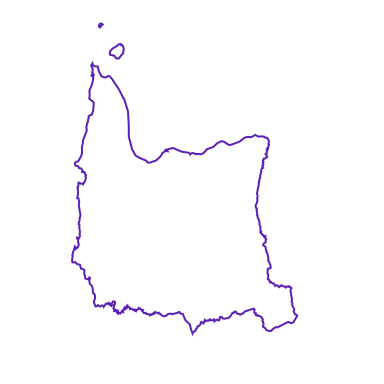 Bulukumba, Sulawesi Selatan, Indonesia, rotated 196°
{"feature_id": "22746128B72639885395673", "entity_name": "Bulukumba", "entity_type": "district", "adm_level": 2, "iso_a3": "IDN", "parent_name": "Indonesia", "parent_adm1": "Sulawesi Selatan", "projection": "equal_earth", "projection_center": [120.241, -5.484], "detail": "fine", "context": "isolated", "style": "outline", "palette": "violet", "viewbox_px": 384, "rotation_deg": 196, "n_neighbors": 0, "source": "geoboundaries", "source_scale": "gbopen_adm2", "svg_char_len": 5896}
<svg xmlns="http://www.w3.org/2000/svg" viewBox="0 0 384 384"><g transform="rotate(196 192 192)"><path d="M132.3,262.5L134.7,264.8L136.8,264.4L138.0,265.1L141.1,264.5L143.3,263.5L146.9,264.3L150.2,261.0L153.7,260.3L156.4,258.7L160.1,253.6L168.0,247.8L170.0,247.5L175.3,249.2L177.9,248.9L181.3,245.7L183.9,241.3L189.5,237.2L191.2,233.3L192.7,231.5L194.2,230.7L198.6,229.8L199.0,229.3L201.5,229.9L203.3,229.0L204.1,227.7L204.4,228.3L206.4,228.8L213.2,227.9L222.4,229.1L229.1,225.2L229.2,224.7L227.6,225.2L226.7,224.4L228.8,224.1L231.5,220.7L231.4,219.5L232.5,216.8L235.1,212.5L240.4,208.7L242.9,208.1L244.5,209.5L251.6,210.3L256.3,211.5L261.4,216.6L268.0,227.8L271.1,238.5L275.8,252.0L283.2,263.2L283.8,263.2L290.4,270.4L300.0,278.6L303.1,280.5L304.3,280.5L306.0,278.8L307.9,277.9L311.0,278.3L314.8,282.4L317.1,286.6L320.7,285.9L322.8,287.1L323.2,288.1L323.8,285.9L321.2,282.5L320.7,279.2L321.3,278.3L320.5,279.1L318.6,277.3L318.9,276.0L320.4,275.9L321.1,277.6L320.4,275.8L319.0,275.8L318.1,273.4L317.8,267.6L318.5,261.1L316.8,256.0L316.6,253.5L311.8,251.4L310.9,250.4L309.4,242.7L309.7,238.5L311.3,237.7L312.3,236.2L311.7,235.2L311.9,232.1L311.3,231.0L311.8,229.4L311.3,224.4L310.4,223.2L310.1,221.4L311.0,211.1L310.4,209.1L310.2,204.6L308.5,199.5L308.4,196.3L309.8,190.3L312.4,188.3L312.4,186.9L311.4,185.3L308.3,185.3L307.1,183.8L305.0,184.1L303.3,182.6L303.1,181.5L302.7,181.9L302.1,181.0L300.7,181.5L299.2,179.1L298.6,179.0L298.9,177.9L297.9,176.8L297.8,173.7L298.7,169.8L299.2,170.5L299.9,169.7L301.2,169.3L302.9,170.0L303.6,169.7L302.8,165.6L303.4,165.0L301.7,161.2L300.7,156.8L300.7,154.5L299.4,154.5L297.7,151.6L297.5,149.4L296.8,147.3L292.8,138.8L292.7,135.2L292.2,133.8L292.3,130.0L291.1,129.2L290.4,126.3L288.7,122.8L288.2,119.8L287.5,118.7L288.0,116.6L289.9,116.5L289.6,115.6L288.2,115.4L288.1,113.5L286.3,110.0L286.6,107.3L287.2,106.3L287.6,106.4L287.5,106.9L288.3,106.4L289.5,107.2L289.4,106.5L288.2,106.0L288.1,105.4L288.3,104.8L289.6,105.1L289.7,102.0L289.6,98.2L289.1,97.8L288.5,93.2L288.1,93.0L287.8,91.6L286.4,91.5L284.9,92.5L282.7,91.1L279.7,91.2L277.5,87.7L276.6,88.0L273.8,87.3L273.0,83.3L272.0,82.3L270.7,79.4L267.6,79.4L267.2,79.8L267.2,81.5L266.4,81.4L266.1,77.9L264.9,75.5L262.3,74.2L260.5,71.1L259.8,68.6L258.6,67.1L257.9,67.3L256.5,65.3L255.9,62.8L256.1,59.3L253.2,55.4L252.5,55.5L251.3,57.4L249.3,56.5L248.5,56.8L247.8,57.9L246.1,58.2L245.4,57.5L245.4,58.3L244.8,58.3L244.3,59.5L244.2,60.8L242.9,60.9L241.4,62.6L240.7,62.3L240.6,61.1L238.0,60.2L237.8,61.1L238.8,62.5L237.9,63.6L237.9,64.8L237.1,65.4L235.7,65.0L235.2,63.6L235.3,62.6L236.1,61.8L235.4,61.0L235.5,58.5L233.5,57.8L233.6,57.1L234.2,56.8L234.0,56.1L231.9,57.4L231.4,55.9L230.4,55.1L230.0,56.8L228.9,55.0L228.1,55.8L227.3,55.6L226.8,57.6L225.1,57.5L226.0,59.4L224.6,60.2L225.2,61.5L225.0,62.2L224.0,61.0L222.9,62.1L223.5,62.6L223.0,65.2L222.6,65.1L222.0,63.5L220.3,64.0L219.5,63.2L219.3,62.4L217.5,63.2L216.2,62.4L215.1,63.1L214.0,62.0L213.6,62.7L213.0,62.4L213.1,63.6L212.2,63.6L211.4,64.6L211.2,65.8L210.5,65.4L209.9,65.7L208.7,64.9L206.7,65.1L207.1,63.9L204.7,62.3L203.3,63.2L202.3,62.1L199.1,62.7L198.7,62.0L198.2,62.7L197.6,62.4L197.0,62.9L196.6,64.0L195.7,63.8L194.9,64.4L195.4,65.1L194.3,66.6L193.4,66.0L192.2,66.4L191.0,66.0L190.4,66.6L190.1,66.0L189.1,66.2L187.2,65.1L184.3,64.8L182.6,66.1L181.3,68.2L179.1,69.2L177.8,68.9L172.5,71.9L171.8,72.9L171.0,73.2L169.8,72.0L167.2,72.2L163.0,66.9L157.5,64.1L155.1,59.7L152.5,56.3L152.5,57.3L151.7,57.8L150.2,60.5L150.3,61.6L149.6,62.9L149.6,64.6L148.6,65.0L147.1,67.7L147.6,68.6L147.2,69.7L144.6,69.0L144.4,72.6L142.8,71.7L141.5,73.0L140.7,72.8L139.7,74.5L139.0,73.7L137.0,74.4L135.6,75.6L134.8,73.8L132.9,76.2L130.7,75.9L130.3,77.0L130.8,79.0L130.2,79.8L128.9,80.0L128.2,79.1L126.2,79.0L122.2,81.0L120.9,82.9L119.7,87.1L118.4,87.4L118.0,88.9L116.8,89.0L115.1,87.5L112.9,87.8L111.8,87.3L110.2,89.0L109.5,89.1L108.3,91.7L100.6,96.9L99.4,96.2L99.2,93.7L98.1,92.8L97.3,93.0L97.2,91.7L96.1,91.1L95.1,91.9L94.2,91.1L93.0,91.4L90.6,90.9L90.0,89.8L89.2,89.5L88.7,88.7L88.8,87.3L87.9,86.9L86.7,84.3L86.8,82.8L86.4,81.9L84.3,81.5L82.9,80.0L80.2,79.6L77.7,80.2L76.3,82.9L74.2,85.2L72.6,85.4L64.3,93.1L63.2,93.7L60.8,93.2L58.7,94.5L56.7,102.1L57.1,102.6L59.4,102.9L61.4,105.4L61.3,107.4L64.5,110.8L64.8,112.9L66.0,113.9L66.2,116.1L70.0,124.0L70.3,125.7L69.8,127.0L72.7,128.2L73.0,127.5L74.6,127.4L75.5,126.0L76.5,126.7L79.2,126.5L80.1,127.1L81.0,126.3L81.8,124.6L83.2,125.1L83.7,125.8L85.7,125.4L86.2,124.7L88.3,126.7L89.4,126.3L91.2,127.3L91.8,126.7L92.0,127.5L92.8,127.5L93.7,128.9L95.0,129.0L95.8,133.4L96.9,134.4L97.9,138.1L97.2,139.2L97.5,139.5L95.5,140.6L96.1,142.7L98.5,146.0L100.2,147.4L100.0,148.1L100.7,150.2L102.4,153.5L104.2,155.1L104.4,156.3L105.2,157.1L106.1,159.4L109.1,160.6L109.0,161.8L107.3,164.1L108.0,166.1L107.6,167.2L109.3,168.1L109.3,169.7L110.5,168.9L111.4,170.3L112.6,170.2L113.0,170.9L115.0,171.9L114.7,172.4L115.1,172.7L114.7,173.1L116.1,175.0L116.4,177.1L117.6,178.2L119.3,182.5L122.1,186.0L122.5,187.5L123.2,187.9L123.4,189.4L124.8,192.1L125.1,194.1L125.9,194.2L126.5,195.0L127.2,196.9L126.7,198.3L126.8,202.3L127.7,204.1L127.6,205.5L129.1,208.6L129.8,215.8L129.6,216.7L130.4,218.9L130.0,219.6L130.6,220.7L130.4,221.7L130.8,223.1L130.3,224.7L131.1,225.8L130.9,228.7L131.5,232.5L131.2,234.5L130.3,234.9L131.6,236.7L130.9,238.0L132.1,239.6L131.5,240.7L132.7,241.8L132.2,243.8L131.3,244.0L129.4,246.5L131.7,248.7L130.7,249.4L131.1,250.0L130.9,251.8L131.9,252.8L130.7,254.3L131.0,254.9L131.7,255.0L130.9,256.6L131.3,258.2L131.0,258.6L131.5,259.1L132.3,262.5ZM301.0,299.6L299.0,300.3L297.6,304.2L296.6,305.8L296.6,307.8L297.1,310.9L298.9,313.6L300.5,313.6L300.7,314.4L301.4,314.6L303.3,313.6L304.3,311.8L307.7,308.2L309.5,304.9L309.5,303.3L308.5,301.3L304.2,301.6L302.4,299.9L301.0,299.6ZM327.0,325.3L325.6,325.0L325.4,326.3L324.0,328.3L325.1,329.0L326.9,328.4L327.3,326.8L327.0,325.3Z" fill="none" stroke="#5b21b6" stroke-width="2"/></g></svg>